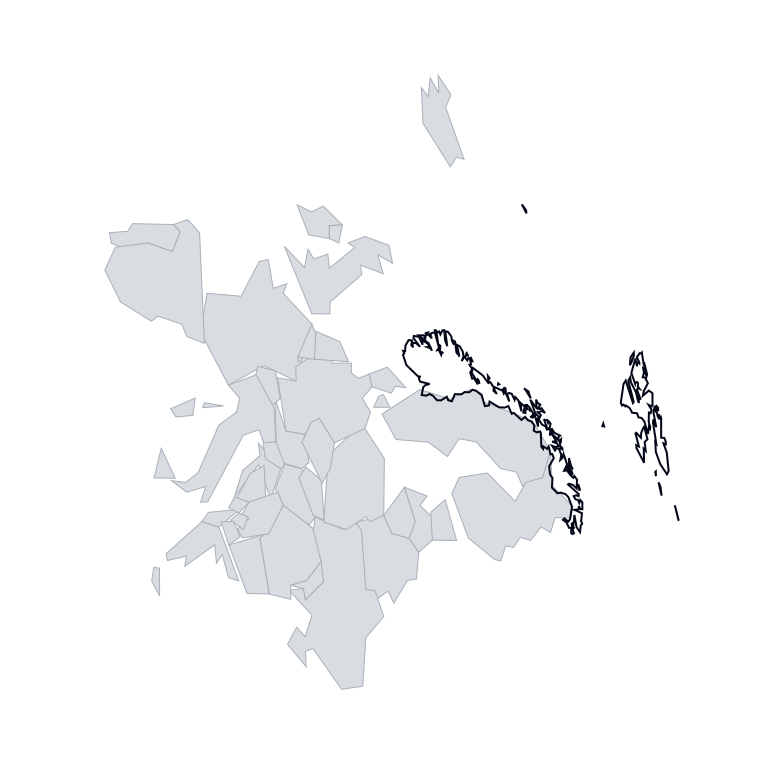 Norway on a map of Europe (Natural Earth projection), rotated 79°
{"feature_id": "NOR", "entity_name": "Norway", "entity_type": "country or territory", "adm_level": 0, "iso_a3": "NOR", "parent_name": "Europe", "parent_adm1": "", "projection": "natural_earth1", "projection_center": [16.239, 69.249], "detail": "fine", "context": "in_parent", "style": "outline", "palette": "ink", "viewbox_px": 768, "rotation_deg": 79, "n_neighbors": 37, "source": "natural_earth", "source_scale": "50m", "svg_char_len": 13090}
<svg xmlns="http://www.w3.org/2000/svg" viewBox="0 0 768 768"><g transform="rotate(79 384 384)"><path d="M311.4,443.3L364.4,469.7L343.0,498.5L355.4,536.9L298.0,554.2L261.2,540.4L270.6,507.5L239.9,483.1L239.8,473.9L268.9,474.4L267.0,460.3L275.8,465.6L311.4,443.3ZM368.2,563.9L374.9,545.6L372.7,566.5L368.2,563.9Z" fill="#d9dde1" stroke="#a8b0b8" stroke-width="1"/><path d="M396.3,349.9L411.6,321.4L405.9,300.2L411.9,289.5L420.6,289.7L448.6,245.3L481.3,233.3L506.3,246.2L510.5,267.6L495.8,270.8L489.2,285.6L458.4,304.6L452.0,320.8L467.3,335.5L449.5,351.6L440.8,382.8L413.1,391.7L396.3,349.9Z" fill="#d9dde1" stroke="#a8b0b8" stroke-width="1"/><path d="M555.8,382.0L581.6,389.4L581.2,398.4L601.0,416.2L588.0,419.6L593.5,431.5L582.4,441.1L514.4,437.9L512.9,409.3L532.2,404.8L540.4,388.7L555.8,382.0Z" fill="#d9dde1" stroke="#a8b0b8" stroke-width="1"/><path d="M631.4,512.1L646.7,514.4L621.2,528.4L606.1,516.2L617.0,509.6L597.2,498.8L568.4,516.5L569.5,502.1L581.0,502.3L566.4,481.0L529.2,485.8L501.5,477.2L518.7,452.2L514.4,437.9L524.1,434.1L582.4,441.1L585.3,432.2L612.2,428.6L629.6,450.3L676.6,462.5L675.6,483.8L630.2,504.2L631.4,512.1Z" fill="#d9dde1" stroke="#a8b0b8" stroke-width="1"/><path d="M512.9,409.3L516.5,424.2L510.8,426.8L519.6,448.7L508.1,469.6L443.5,452.3L423.4,420.7L424.0,411.2L457.2,397.9L512.9,409.3Z" fill="#d9dde1" stroke="#a8b0b8" stroke-width="1"/><path d="M451.4,480.9L441.9,499.0L428.2,502.2L377.2,493.8L411.5,489.2L418.2,471.5L446.7,472.6L451.4,480.9Z" fill="#d9dde1" stroke="#a8b0b8" stroke-width="1"/><path d="M501.5,477.2L507.9,484.0L491.6,503.7L466.2,510.7L443.8,496.9L451.4,480.9L501.5,477.2Z" fill="#d9dde1" stroke="#a8b0b8" stroke-width="1"/><path d="M546.2,479.7L566.4,481.0L581.0,502.3L569.5,502.1L563.8,514.1L562.0,497.4L546.2,479.7Z" fill="#d9dde1" stroke="#a8b0b8" stroke-width="1"/><path d="M563.8,514.1L577.6,516.6L568.2,536.8L511.6,535.3L483.7,506.1L512.1,481.3L546.2,479.7L562.0,497.4L563.8,514.1Z" fill="#d9dde1" stroke="#a8b0b8" stroke-width="1"/><path d="M540.4,388.7L532.2,404.8L512.9,409.3L489.2,383.6L524.7,379.5L540.4,388.7Z" fill="#d9dde1" stroke="#a8b0b8" stroke-width="1"/><path d="M546.5,366.3L555.8,382.0L540.4,388.7L524.7,379.5L489.2,383.6L502.3,363.0L510.0,371.9L526.5,360.4L546.5,366.3Z" fill="#d9dde1" stroke="#a8b0b8" stroke-width="1"/><path d="M551.4,342.6L546.5,366.3L518.8,362.5L509.1,346.0L551.4,342.6Z" fill="#d9dde1" stroke="#a8b0b8" stroke-width="1"/><path d="M424.0,411.2L432.3,443.8L405.3,454.2L418.2,471.5L411.5,489.2L357.6,487.3L364.4,469.7L350.4,467.4L344.9,455.9L345.5,434.6L353.9,429.9L357.2,412.0L366.8,414.0L373.5,408.0L371.4,396.5L384.5,396.3L393.8,408.1L408.9,402.5L424.0,411.2Z" fill="#d9dde1" stroke="#a8b0b8" stroke-width="1"/><path d="M508.6,530.0L511.6,535.3L568.2,536.8L563.5,558.4L512.5,567.0L508.6,530.0Z" fill="#d9dde1" stroke="#a8b0b8" stroke-width="1"/><path d="M549.1,644.7L532.9,649.6L520.1,645.0L521.9,639.5L549.1,644.7ZM492.9,573.4L549.6,564.1L544.4,573.6L520.5,575.3L527.8,582.6L509.5,580.9L524.9,614.3L515.2,610.9L516.0,630.2L509.1,630.4L484.3,589.0L492.9,573.4Z" fill="#d9dde1" stroke="#a8b0b8" stroke-width="1"/><path d="M492.9,573.4L484.3,589.0L476.5,580.9L479.5,549.7L492.9,573.4Z" fill="#d9dde1" stroke="#a8b0b8" stroke-width="1"/><path d="M447.4,501.3L475.6,517.3L439.2,522.6L466.5,552.4L441.9,539.3L430.7,519.4L418.3,518.6L447.4,501.3Z" fill="#d9dde1" stroke="#a8b0b8" stroke-width="1"/><path d="M378.5,488.5L385.8,501.6L354.8,510.5L342.6,504.2L350.3,488.2L378.5,488.5Z" fill="#d9dde1" stroke="#a8b0b8" stroke-width="1"/><path d="M342.4,456.4L346.0,464.2L341.0,463.4L342.4,456.4Z" fill="#d9dde1" stroke="#a8b0b8" stroke-width="1"/><path d="M346.5,447.5L341.0,463.4L311.4,443.3L335.4,439.2L346.5,447.5Z" fill="#d9dde1" stroke="#a8b0b8" stroke-width="1"/><path d="M355.2,414.6L346.5,447.5L319.3,440.8L334.0,419.3L355.2,414.6Z" fill="#d9dde1" stroke="#a8b0b8" stroke-width="1"/><path d="M187.3,560.1L195.6,555.0L213.7,566.4L200.5,588.9L203.7,608.9L193.9,624.8L183.1,624.5L185.2,606.5L178.6,600.4L187.3,560.1Z" fill="#d9dde1" stroke="#a8b0b8" stroke-width="1"/><path d="M198.4,621.5L200.5,588.9L213.7,566.4L195.6,555.0L187.3,560.1L185.1,545.4L200.3,536.2L309.8,552.5L299.9,568.4L286.7,571.1L274.3,593.0L278.0,600.4L253.1,627.0L218.9,636.3L198.4,621.5Z" fill="#d9dde1" stroke="#a8b0b8" stroke-width="1"/><path d="M230.9,409.9L223.1,429.5L191.8,435.0L201.2,422.1L197.8,409.7L219.8,394.5L218.2,407.5L230.9,409.9Z" fill="#d9dde1" stroke="#a8b0b8" stroke-width="1"/><path d="M386.7,496.4L420.0,501.2L421.2,512.8L405.1,515.5L407.4,531.9L466.0,579.6L465.2,586.6L450.6,578.5L452.5,598.3L438.4,611.1L442.8,597.5L435.7,583.5L392.9,554.0L383.4,534.1L370.3,528.4L355.4,536.9L350.6,507.8L386.7,496.4ZM404.7,614.9L436.7,606.9L432.3,627.7L404.7,614.9ZM361.7,572.0L378.4,577.7L376.6,594.7L367.6,598.2L361.7,572.0Z" fill="#d9dde1" stroke="#a8b0b8" stroke-width="1"/><path d="M384.5,396.3L371.4,396.5L368.1,377.5L391.8,363.3L388.4,373.3L394.4,378.5L384.5,396.3ZM407.9,382.7L404.9,398.5L395.2,391.7L394.1,386.7L407.9,382.7Z" fill="#d9dde1" stroke="#a8b0b8" stroke-width="1"/><path d="M230.9,409.9L218.2,407.5L219.8,394.5L237.0,401.5L230.9,409.9ZM259.9,415.5L244.5,386.6L238.7,392.3L235.6,374.6L248.8,352.6L267.3,352.6L256.0,365.4L275.7,363.8L262.8,384.3L272.4,385.1L293.4,421.3L304.8,423.7L301.3,441.5L230.0,455.5L254.5,439.8L237.3,432.9L247.7,429.0L245.8,414.4L259.9,415.5Z" fill="#d9dde1" stroke="#a8b0b8" stroke-width="1"/><path d="M178.7,262.6L175.2,269.8L183.5,277.5L135.3,296.0L100.3,290.7L110.2,285.7L92.5,280.2L109.0,274.7L91.4,272.0L112.7,263.1L124.3,270.7L178.7,262.6Z" fill="#d9dde1" stroke="#a8b0b8" stroke-width="1"/><path d="M420.0,501.2L443.8,496.9L447.4,501.3L435.0,514.6L418.9,514.0L420.0,501.2Z" fill="#d9dde1" stroke="#a8b0b8" stroke-width="1"/><path d="M551.2,226.2L547.7,241.5L561.4,248.8L554.3,257.1L565.5,269.9L560.5,279.5L569.1,287.9L566.2,295.4L580.0,303.2L577.2,309.1L551.3,330.6L504.5,338.3L490.1,328.1L491.1,299.5L524.1,277.7L507.4,263.2L506.3,246.2L481.3,233.3L516.1,238.3L540.1,221.9L551.2,226.2Z" fill="#d9dde1" stroke="#a8b0b8" stroke-width="1"/><path d="M506.0,468.9L499.5,478.5L460.1,485.5L450.4,476.6L466.7,463.8L506.0,468.9Z" fill="#d9dde1" stroke="#a8b0b8" stroke-width="1"/><path d="M432.3,443.8L456.9,453.0L469.6,463.8L425.5,475.5L407.8,463.1L405.3,454.2L432.3,443.8Z" fill="#d9dde1" stroke="#a8b0b8" stroke-width="1"/><path d="M467.6,550.2L446.3,532.5L441.3,517.4L475.4,522.1L476.5,538.5L467.6,550.2Z" fill="#d9dde1" stroke="#a8b0b8" stroke-width="1"/><path d="M506.4,554.4L512.5,567.0L488.6,570.2L490.0,557.9L506.4,554.4Z" fill="#d9dde1" stroke="#a8b0b8" stroke-width="1"/><path d="M469.9,508.8L483.7,506.1L509.0,525.7L508.0,552.6L498.3,555.4L490.3,542.3L484.8,548.2L474.2,539.1L469.9,508.8Z" fill="#d9dde1" stroke="#a8b0b8" stroke-width="1"/><path d="M482.9,551.0L475.9,560.1L466.5,552.4L474.2,539.1L482.9,551.0Z" fill="#d9dde1" stroke="#a8b0b8" stroke-width="1"/><path d="M488.3,560.4L482.9,551.0L488.5,543.0L500.2,549.8L488.3,560.4Z" fill="#d9dde1" stroke="#a8b0b8" stroke-width="1"/><path d="M484.8,234.0L476.8,234.3L478.8,236.2L475.7,239.5L478.0,240.2L475.8,241.5L461.6,239.4L460.4,239.7L460.6,243.3L458.4,245.9L453.4,244.3L448.8,246.6L447.0,249.7L443.2,251.8L445.5,255.9L437.1,262.2L437.6,264.3L429.4,266.2L430.2,270.0L428.8,275.5L421.4,283.7L425.1,285.0L425.0,289.2L413.7,290.3L408.2,294.9L406.5,298.3L408.4,301.7L407.3,306.4L408.9,309.9L407.5,316.4L413.9,320.7L412.2,324.1L408.5,324.8L411.0,331.2L410.0,335.2L404.9,338.1L402.5,341.3L403.5,344.8L402.0,349.1L394.6,346.1L393.0,343.7L392.7,339.2L388.6,348.1L385.5,348.7L382.9,346.9L383.8,348.6L369.7,358.4L358.9,359.8L357.8,358.3L355.1,358.9L355.8,357.0L350.3,355.6L345.6,351.5L346.7,348.1L351.1,349.8L353.6,348.2L351.1,348.8L349.3,347.1L350.0,344.7L354.3,341.6L344.5,346.3L342.5,345.6L344.4,340.7L352.8,338.6L348.4,338.1L352.4,333.7L356.0,331.7L355.9,334.7L357.8,331.6L360.4,330.5L352.6,332.4L342.9,340.7L343.8,335.4L348.2,335.0L344.6,334.1L343.5,331.3L348.3,328.4L343.4,329.0L342.8,324.3L358.8,323.1L361.0,325.3L361.1,323.7L366.3,322.3L364.0,321.3L365.0,319.7L362.4,322.9L357.3,321.4L355.2,323.2L343.8,322.6L343.0,319.8L346.1,319.2L342.6,316.5L342.7,314.6L352.4,315.7L358.9,314.7L345.8,313.9L344.3,312.9L344.9,311.3L350.2,308.8L354.5,309.1L358.9,307.8L353.9,308.5L356.0,306.1L366.8,306.9L367.9,306.4L366.6,305.4L371.6,304.8L359.5,304.9L361.4,302.5L367.2,300.5L371.9,300.6L376.4,303.4L372.4,299.8L376.7,297.8L374.4,296.0L376.4,294.8L381.3,294.9L381.4,296.4L386.3,294.5L389.0,297.2L395.6,296.4L395.4,294.5L401.1,292.5L399.5,291.4L402.0,290.2L398.6,290.4L397.2,291.2L398.3,292.0L397.3,292.9L389.4,295.8L385.2,293.6L394.3,285.5L403.8,281.0L400.8,281.7L402.6,279.2L408.5,276.9L411.5,277.8L415.2,275.1L410.8,276.8L408.3,275.8L413.3,268.8L416.3,268.2L414.2,266.6L425.1,264.3L417.1,265.1L416.7,262.9L418.0,260.5L424.5,258.8L421.9,257.6L425.8,255.2L437.1,254.3L428.7,253.5L433.2,250.2L438.6,252.7L439.4,250.7L435.7,249.9L436.1,248.1L431.7,249.0L431.8,247.6L434.7,245.8L438.9,246.0L436.1,245.1L442.2,242.9L444.7,246.8L444.3,245.5L445.4,244.5L443.8,242.0L455.3,240.8L446.4,239.6L453.9,236.7L456.5,233.4L459.8,232.8L459.6,231.0L461.1,229.4L466.2,231.1L464.1,229.2L473.0,225.8L472.7,229.9L475.3,225.5L478.3,224.2L478.5,227.8L476.7,230.8L481.9,228.8L480.1,227.0L480.8,224.6L487.5,223.5L492.2,225.4L490.6,222.9L486.8,221.1L497.8,219.6L503.6,223.8L503.7,221.0L509.0,218.4L512.1,216.1L510.7,214.7L514.7,212.8L523.3,214.8L519.3,217.7L517.2,221.3L517.7,222.5L529.3,213.8L531.2,214.5L529.9,216.4L530.3,219.2L533.6,218.1L535.0,215.6L538.0,215.0L535.3,213.5L538.1,211.9L544.8,213.2L544.4,214.8L541.0,216.3L544.1,216.4L543.9,221.0L548.6,214.3L556.3,216.7L559.0,216.1L560.4,217.8L566.8,219.9L561.3,222.3L548.9,222.1L555.9,223.9L556.9,226.4L560.2,226.7L561.3,225.1L563.1,226.6L566.7,226.0L567.3,227.4L566.3,228.7L560.9,227.6L560.5,229.8L554.8,231.3L551.5,234.3L550.4,232.6L554.2,229.4L552.3,227.2L540.3,222.9L530.2,224.6L526.6,227.0L524.3,231.4L524.4,234.6L517.8,238.9L508.5,236.6L504.1,238.3L496.3,237.6L489.2,231.5L484.8,232.2L484.8,234.0ZM444.2,122.2L456.1,124.5L457.1,125.4L454.9,128.3L460.4,126.3L463.6,127.9L462.6,129.4L471.9,131.4L477.3,130.9L478.5,131.3L476.5,132.1L483.4,134.3L470.4,135.6L466.4,137.7L465.3,140.6L461.1,141.1L459.5,146.0L454.9,147.2L451.2,150.6L452.0,151.4L449.9,152.9L450.6,154.4L447.7,155.2L429.6,148.8L426.7,146.1L450.2,143.3L449.3,142.3L427.5,143.6L424.4,141.1L429.2,141.3L440.6,138.2L448.2,138.0L451.3,137.4L445.7,136.6L448.3,135.0L437.8,136.8L436.6,135.7L437.6,134.0L434.8,135.4L432.3,134.5L430.6,134.9L430.3,136.7L431.8,137.4L420.4,139.1L407.0,132.4L414.9,132.3L411.7,131.6L411.1,130.5L412.6,129.4L411.8,129.2L405.9,130.7L402.5,127.1L403.1,126.0L402.2,124.9L414.3,125.3L413.8,124.5L425.0,123.9L426.6,124.8L416.3,126.6L422.2,126.6L426.8,128.7L427.5,126.5L433.5,124.8L440.5,130.3L444.9,132.1L441.0,125.3L444.2,122.2ZM470.2,118.4L489.5,122.2L490.5,119.1L494.7,118.4L497.0,118.9L495.6,121.0L505.2,119.5L523.8,121.2L526.6,123.5L515.3,128.1L502.6,130.1L493.0,128.8L494.3,128.1L473.5,127.3L470.1,126.4L478.4,125.0L462.9,124.9L459.3,123.3L463.8,122.3L456.7,121.4L467.4,121.6L468.8,121.2L466.1,119.7L470.4,120.6L470.8,119.7L469.3,118.5L470.2,118.4ZM474.7,136.8L488.5,135.9L490.7,139.2L499.6,139.9L497.1,141.4L511.0,143.7L495.1,148.4L492.1,148.0L494.0,145.7L480.5,146.6L480.0,145.6L485.8,142.1L481.0,140.8L477.0,138.2L477.2,137.4L474.7,136.8ZM440.1,239.3L444.4,235.9L446.7,237.6L441.9,241.0L427.3,243.4L437.1,238.7L438.4,235.9L437.7,234.0L443.2,231.5L440.5,234.2L441.5,237.4L440.1,239.3ZM454.7,228.0L459.6,230.2L458.5,232.3L448.9,233.7L450.3,233.0L450.5,230.6L453.6,230.3L452.4,229.3L454.7,228.0ZM469.3,222.9L472.3,223.4L465.5,228.2L459.4,228.0L464.5,226.0L468.3,221.0L469.3,222.9ZM403.9,133.3L410.3,137.2L412.5,139.1L404.9,136.9L400.8,132.8L403.9,133.3ZM434.0,234.5L437.0,236.9L435.5,238.7L428.3,237.7L432.0,236.8L434.0,234.5ZM503.9,214.9L499.0,217.8L492.0,216.6L500.0,216.0L503.9,214.9ZM505.5,217.7L502.8,220.4L499.8,219.5L504.9,217.0L505.5,217.7ZM419.1,243.7L426.1,242.7L418.5,245.5L419.1,243.7ZM243.7,211.6L233.9,214.4L240.7,211.4L243.7,211.6ZM573.9,120.9L558.5,121.7L574.4,120.7L573.9,120.9ZM537.5,132.2L546.6,132.8L532.9,133.3L537.5,132.2ZM519.3,212.5L524.5,211.8L526.2,212.5L519.3,212.5ZM508.8,217.5L507.3,218.0L505.8,216.4L508.2,216.1L508.8,217.5ZM482.3,221.4L480.9,223.0L478.9,222.4L481.0,221.1L482.3,221.4ZM467.7,176.0L467.0,177.7L464.6,176.3L467.7,176.0ZM526.4,134.7L522.1,134.5L521.7,133.9L526.4,134.7ZM398.5,279.2L399.8,280.8L396.0,280.4L398.5,279.2ZM472.1,220.8L474.8,221.5L476.3,222.5L473.7,222.8L472.1,220.8ZM462.8,120.0L461.2,120.5L458.5,120.1L459.5,119.5L462.8,120.0ZM378.3,293.6L373.9,293.8L378.5,292.9L378.3,293.6ZM372.0,297.8L370.1,297.6L369.4,296.9L371.8,296.3L372.0,297.8ZM417.4,245.9L415.0,247.4L417.6,244.9L417.4,245.9ZM342.6,331.9L342.0,334.2L341.8,331.2L342.6,331.9ZM412.8,265.7L410.2,267.3L411.4,265.6L412.8,265.7ZM559.8,225.4L557.5,226.2L557.3,225.9L557.9,224.7L559.8,225.4ZM413.6,268.1L411.1,268.4L414.1,267.8L413.6,268.1ZM406.2,271.0L406.4,272.2L405.2,271.8L406.2,271.0ZM342.3,323.8L340.9,323.8L341.2,322.7L342.1,322.5L342.3,323.8Z" fill="none" stroke="#020617" stroke-width="2"/></g></svg>